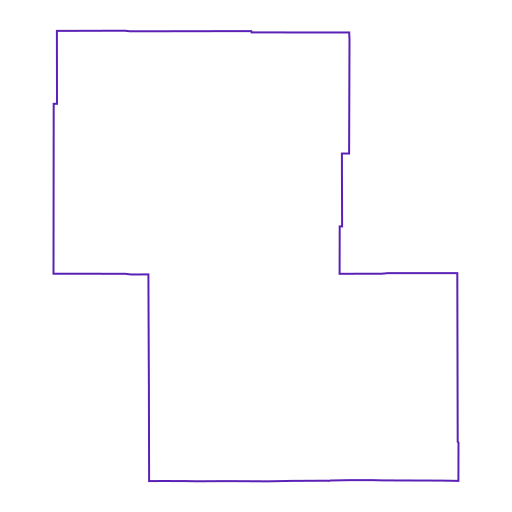 Lake, Oregon, United States of America (Mercator projection)
{"feature_id": "52423323B45736239843392", "entity_name": "Lake", "entity_type": "district", "adm_level": 2, "iso_a3": "USA", "parent_name": "United States of America", "parent_adm1": "Oregon", "projection": "mercator", "projection_center": [-120.268, 42.805], "detail": "fine", "context": "isolated", "style": "outline", "palette": "violet", "viewbox_px": 512, "rotation_deg": 0, "n_neighbors": 0, "source": "geoboundaries", "source_scale": "gbopen_adm2", "svg_char_len": 692}
<svg xmlns="http://www.w3.org/2000/svg" viewBox="0 0 512 512"><path d="M458.4,480.9L458.5,442.5L457.7,441.8L457.3,273.1L388.0,273.1L382.2,273.7L339.6,273.8L339.7,226.4L342.1,226.4L341.9,153.5L349.1,153.5L349.5,39.7L349.2,32.5L251.6,32.4L251.3,31.1L130.3,31.3L124.5,30.7L56.9,30.9L57.0,103.8L53.7,103.8L53.5,273.7L125.3,273.8L131.2,274.5L148.4,274.4L148.7,346.5L148.9,386.4L148.9,386.9L149.1,481.1L162.9,481.0L186.9,481.1L187.3,481.1L196.5,481.3L226.2,481.1L261.3,481.3L261.8,481.3L269.9,481.3L291.2,480.9L327.9,480.7L328.3,480.9L330.8,480.5L351.2,480.1L354.1,480.1L358.9,480.1L370.9,480.1L384.0,480.4L441.2,480.6L458.4,480.9L458.4,480.9Z" fill="none" stroke="#5b21b6" stroke-width="2"/></svg>